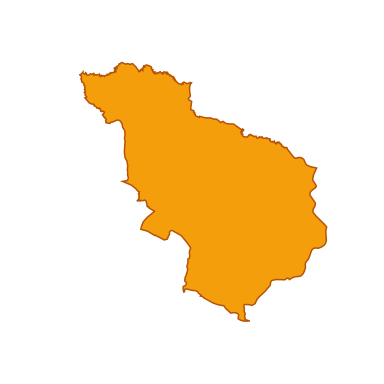 outline of Khuan Don, Satun, Thailand, rotated 18°
{"feature_id": "78962969B23587469316424", "entity_name": "Khuan Don", "entity_type": "district", "adm_level": 2, "iso_a3": "THA", "parent_name": "Thailand", "parent_adm1": "Satun", "projection": "albers", "projection_center": [100.075, 6.762], "detail": "fine", "context": "isolated", "style": "filled", "palette": "amber", "viewbox_px": 384, "rotation_deg": 18, "n_neighbors": 0, "source": "geoboundaries", "source_scale": "gbopen_adm2", "svg_char_len": 5945}
<svg xmlns="http://www.w3.org/2000/svg" viewBox="0 0 384 384"><g transform="rotate(18 192 192)"><path d="M303.1,130.7L296.8,131.3L292.8,130.9L291.8,130.4L288.2,126.4L285.5,125.6L282.8,126.1L280.3,127.9L278.1,127.6L270.3,122.3L269.6,122.2L268.8,120.7L267.4,120.7L266.6,121.4L266.1,121.0L265.6,121.2L264.4,120.5L263.6,120.8L263.2,120.1L262.5,119.7L262.4,119.0L260.9,118.9L260.3,118.0L259.2,117.7L258.1,118.0L258.0,118.4L258.5,118.7L257.4,119.3L257.4,120.2L256.3,120.0L256.2,119.2L255.8,119.5L254.9,119.2L254.6,118.5L254.4,119.0L253.4,118.9L253.1,119.7L252.4,119.4L251.1,119.8L250.7,119.0L249.9,118.7L250.1,117.6L249.3,117.4L246.4,118.0L246.3,117.4L243.9,118.8L242.2,118.8L241.9,118.0L241.4,117.9L241.2,118.5L240.4,118.4L239.6,119.1L238.8,118.8L238.5,120.0L237.2,120.7L235.6,119.1L233.9,120.2L233.0,119.7L231.9,119.8L230.2,119.1L229.7,120.1L228.7,119.8L227.7,122.6L225.0,123.3L223.4,123.2L222.4,122.4L222.4,121.4L221.8,121.4L221.6,120.8L221.1,121.2L221.1,120.4L220.5,120.6L219.9,120.0L220.2,118.8L221.4,118.6L221.8,118.2L221.8,116.7L220.5,116.5L220.5,117.5L220.2,117.6L210.5,114.5L205.4,116.0L202.8,116.3L199.7,115.2L198.8,116.5L198.2,116.4L197.9,117.0L193.1,115.1L192.7,115.5L191.7,115.3L190.9,116.0L186.8,115.8L182.0,117.3L175.8,117.7L175.8,118.8L171.8,118.4L171.2,117.4L170.3,117.1L170.4,116.1L169.7,116.1L169.3,115.3L168.7,115.3L168.6,114.2L165.2,114.0L163.7,106.0L160.4,105.3L159.8,104.8L159.7,104.2L160.8,101.2L158.7,97.1L157.4,93.3L157.1,90.3L157.8,88.4L156.3,88.4L154.7,90.1L152.2,90.4L150.4,89.9L149.4,91.1L150.2,91.8L150.2,92.2L149.5,92.4L149.1,93.1L148.4,92.5L146.6,93.3L143.0,91.9L141.5,90.6L141.6,91.4L141.0,91.3L140.1,89.7L139.2,90.1L138.8,89.3L139.4,88.7L138.5,88.1L137.9,88.0L137.0,88.4L135.8,87.6L135.4,88.0L135.4,87.6L134.0,87.4L131.1,85.7L130.7,85.8L130.6,86.2L132.1,86.8L132.3,87.5L131.4,87.5L129.1,86.3L128.2,86.3L128.0,87.0L127.1,87.8L127.5,88.3L128.2,88.2L128.2,88.6L127.4,88.9L126.1,88.5L124.7,87.4L123.7,88.2L123.6,89.2L121.9,89.3L122.0,90.4L120.2,90.7L120.0,89.3L119.3,89.4L119.2,90.6L118.5,89.6L118.1,90.0L117.4,89.7L117.1,87.7L115.9,88.1L115.4,87.3L115.4,86.5L114.9,86.4L114.5,85.6L111.6,85.1L111.2,85.3L109.7,85.2L108.4,86.0L108.4,87.2L107.2,86.9L107.0,87.1L107.0,88.0L107.8,88.4L106.9,89.4L107.0,90.6L107.6,91.0L107.8,91.7L106.7,91.5L105.9,90.8L105.1,92.2L105.5,92.8L104.7,93.9L104.0,93.8L103.6,92.9L101.3,91.5L100.5,90.6L95.8,88.3L94.9,88.7L94.3,89.6L90.9,89.8L89.5,90.9L85.5,90.5L84.7,90.8L84.6,91.9L83.2,92.5L83.0,94.6L81.5,95.9L82.5,97.1L82.6,97.8L81.7,98.2L80.5,97.3L79.8,98.2L79.9,98.7L81.9,100.0L82.4,100.8L81.8,100.8L81.7,100.5L81.0,100.8L81.8,101.7L80.3,102.4L79.5,103.3L79.0,103.3L78.6,103.9L77.8,103.5L77.3,104.3L77.3,105.0L76.8,104.9L76.8,106.0L76.1,106.1L75.9,106.6L75.2,106.4L75.5,107.0L75.0,107.5L73.5,107.9L73.1,109.2L72.0,108.6L70.7,109.4L69.9,109.1L69.9,110.0L68.9,110.6L68.1,109.0L67.3,108.5L66.4,109.8L64.5,110.1L62.7,111.3L62.3,109.7L61.9,109.5L60.1,111.1L58.8,111.0L58.4,112.0L56.7,113.1L55.7,113.2L55.0,111.9L53.9,111.4L53.8,112.9L53.2,113.1L51.5,112.5L51.2,111.5L50.2,114.1L49.1,115.0L49.2,115.4L51.0,116.0L51.6,117.7L51.4,118.6L51.8,119.3L52.5,119.6L52.4,119.9L53.2,121.5L55.2,121.9L56.0,122.9L56.1,123.7L57.3,124.2L57.4,125.2L58.2,126.5L58.0,127.7L59.0,128.1L59.0,129.1L59.6,129.8L58.8,130.3L58.8,130.6L59.9,131.3L60.0,131.9L60.7,132.4L60.7,133.1L62.5,134.1L62.4,134.8L61.1,135.5L66.7,139.0L68.0,139.3L71.9,139.0L72.2,140.2L74.3,140.5L75.8,141.6L76.8,141.5L77.5,140.8L77.7,141.4L79.2,141.2L79.3,142.0L80.1,143.3L80.9,143.0L81.4,143.4L82.0,142.6L84.1,143.1L83.9,144.2L82.9,146.3L83.9,146.6L84.7,147.8L86.0,147.8L86.5,148.9L87.9,149.3L88.2,149.9L87.8,150.8L88.7,152.6L89.6,152.7L92.8,152.1L93.4,150.5L94.6,150.2L98.3,147.0L99.7,146.3L102.0,146.7L104.2,148.6L106.4,152.3L108.7,154.1L109.4,155.1L110.7,158.6L111.2,161.9L112.6,164.2L115.3,174.9L117.7,180.0L120.6,182.8L122.7,186.7L123.7,191.0L125.0,193.6L125.3,195.5L127.1,198.2L127.1,201.0L122.6,203.4L132.2,204.2L137.1,206.0L140.4,208.0L142.0,208.2L141.8,209.1L142.2,209.7L141.8,210.3L142.3,210.4L142.2,210.9L143.0,211.8L142.8,212.7L143.3,213.4L143.3,214.7L144.1,215.0L143.8,215.8L142.7,216.6L142.6,217.1L142.9,217.4L144.3,216.5L145.7,216.6L146.2,215.7L148.1,215.4L149.5,214.3L150.1,214.3L150.9,214.7L152.8,217.3L153.8,219.6L154.4,219.8L154.8,219.4L155.6,219.4L156.1,220.5L162.3,221.9L157.1,230.2L154.9,235.4L154.6,239.7L154.8,243.3L161.9,243.0L170.2,244.9L170.4,244.4L180.4,246.2L183.1,244.4L183.2,241.7L183.7,239.1L183.1,237.5L183.1,236.4L184.1,235.0L185.1,234.8L194.1,236.5L196.1,237.3L203.8,242.3L208.0,245.6L207.9,248.8L208.3,250.9L209.8,253.7L209.8,255.8L208.8,257.0L210.0,260.5L210.2,264.7L211.5,266.1L212.2,269.5L212.0,271.5L212.3,272.2L211.8,275.4L212.4,276.5L212.1,277.8L212.8,279.1L214.5,279.7L215.0,281.0L214.8,283.0L213.1,284.2L212.9,284.9L213.7,287.4L215.0,289.7L215.4,289.5L215.7,288.8L215.1,287.2L215.6,286.5L216.8,285.9L222.8,285.5L225.4,284.8L228.4,285.1L229.4,286.2L232.4,287.3L232.1,288.4L234.4,288.1L235.5,288.9L236.7,289.2L245.9,291.0L250.7,291.2L257.5,290.4L260.2,292.4L266.2,295.2L269.5,293.6L272.8,293.4L273.9,294.0L274.4,294.8L275.0,298.3L277.6,298.9L281.2,298.8L286.8,296.8L283.0,296.9L281.4,296.4L281.3,295.2L280.6,294.4L280.3,291.8L279.9,290.9L278.4,289.4L278.1,287.3L276.6,284.7L276.4,283.1L277.1,282.6L281.2,281.5L284.0,281.3L286.5,278.7L287.0,274.1L288.2,271.1L292.1,264.1L295.2,256.6L294.7,253.4L294.9,252.0L295.4,251.4L298.9,249.3L307.4,246.8L309.1,244.6L310.3,244.3L311.8,245.2L313.4,243.0L316.5,240.6L320.0,239.2L321.9,237.7L323.1,234.8L323.3,232.5L323.3,228.8L322.2,226.3L321.9,224.5L322.1,223.2L323.4,220.0L323.6,218.4L323.8,210.3L325.0,208.1L326.9,207.0L329.4,206.5L331.9,204.6L334.3,201.5L334.8,199.6L334.9,197.5L334.6,196.0L331.3,188.0L330.9,183.7L328.4,182.1L317.3,176.5L313.5,174.0L312.5,171.7L313.3,167.3L312.8,164.4L305.1,158.5L304.5,156.5L305.0,154.2L308.2,149.6L308.4,148.4L308.0,147.3L303.5,143.7L302.9,142.8L302.3,138.5L303.1,130.7Z" fill="#f59e0b" stroke="#b45309" stroke-width="1.5"/></g></svg>